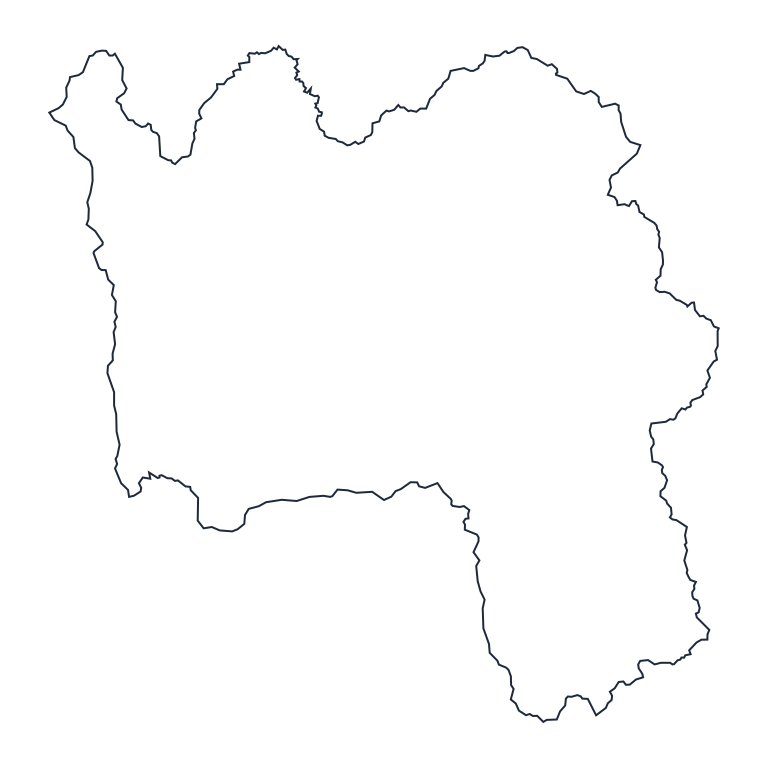 outline of Urrao, Antioquia, Colombia
{"feature_id": "7082276B47907246338324", "entity_name": "Urrao", "entity_type": "district", "adm_level": 2, "iso_a3": "COL", "parent_name": "Colombia", "parent_adm1": "Antioquia", "projection": "mercator", "projection_center": [-76.192, 6.296], "detail": "fine", "context": "isolated", "style": "outline", "palette": "slate", "viewbox_px": 768, "rotation_deg": 0, "n_neighbors": 0, "source": "geoboundaries", "source_scale": "gbopen_adm2", "svg_char_len": 5987}
<svg xmlns="http://www.w3.org/2000/svg" viewBox="0 0 768 768"><path d="M522.6,47.2L517.4,47.9L513.8,51.1L509.0,53.0L507.5,53.0L506.5,51.3L504.5,51.6L499.5,55.7L492.9,56.5L485.3,54.9L484.6,60.8L482.9,63.3L479.0,65.9L478.4,68.3L473.3,70.9L470.4,70.9L464.1,68.1L450.6,70.9L448.3,78.7L443.4,82.7L441.7,86.4L436.5,90.9L434.5,95.0L430.0,98.8L426.2,108.6L420.3,108.6L416.4,111.8L410.7,110.5L408.4,111.2L404.0,107.4L400.5,107.5L398.3,105.0L394.2,109.8L389.0,111.4L386.4,110.6L381.2,115.4L379.3,121.4L372.5,123.3L372.3,132.1L370.9,135.0L365.2,137.6L364.0,141.5L358.3,144.0L355.3,141.8L350.1,144.9L347.2,145.3L342.6,142.4L337.8,141.2L335.8,139.0L328.6,137.8L324.7,135.7L324.1,131.7L319.7,128.9L316.6,120.9L318.0,115.7L321.1,115.8L321.9,113.3L321.8,112.3L319.1,111.7L317.8,108.6L315.4,107.5L316.3,105.5L315.3,103.6L317.6,103.2L318.9,97.3L317.7,95.7L314.7,96.2L309.9,94.0L310.8,88.5L307.2,92.7L304.0,91.5L306.0,88.1L303.6,86.1L303.3,83.1L302.0,81.5L299.6,81.5L299.4,79.1L296.1,79.8L295.0,78.0L297.2,75.2L296.4,72.6L298.7,71.5L294.7,67.6L297.6,64.3L296.5,60.3L297.7,59.0L293.6,59.2L291.5,56.6L288.7,56.0L286.7,53.9L285.3,49.6L282.7,49.9L278.7,46.1L276.9,49.4L273.7,47.7L271.0,50.8L265.1,53.3L261.0,52.9L259.0,54.1L256.9,52.3L254.9,53.7L249.4,53.1L247.8,55.6L249.3,56.9L249.3,62.1L239.1,63.7L240.5,69.7L237.2,69.7L233.1,71.6L234.2,76.0L227.5,79.2L223.8,84.2L217.0,84.2L217.4,88.8L211.0,97.5L204.2,103.1L199.3,110.0L199.2,113.7L201.4,118.4L196.2,121.4L195.1,127.9L195.9,130.3L193.9,133.0L194.5,138.8L192.4,143.4L190.4,154.7L187.9,156.5L182.0,157.3L175.1,164.1L172.3,162.7L171.1,160.4L168.2,160.2L160.3,156.1L159.1,136.3L156.8,133.1L153.1,131.9L151.3,130.0L150.7,124.8L148.1,123.5L145.8,126.2L141.7,127.0L135.3,123.5L133.1,120.4L128.5,120.1L121.6,109.5L120.8,104.6L116.4,101.5L117.2,98.2L124.1,93.3L126.6,88.5L122.2,80.1L122.9,67.8L114.9,53.7L112.7,55.5L109.3,55.5L106.2,50.9L102.1,50.6L96.1,51.8L92.8,55.5L89.4,56.1L82.9,72.2L78.6,75.1L70.0,77.1L69.5,80.7L66.2,87.7L66.7,96.9L62.9,104.5L58.5,108.2L49.3,112.6L54.4,120.1L65.7,125.6L67.6,130.6L73.4,137.0L74.9,148.1L78.6,152.4L90.0,161.0L92.3,167.8L92.6,180.9L90.4,192.9L87.3,202.2L88.8,208.8L88.4,219.6L86.6,224.5L95.2,231.1L102.7,242.2L102.6,244.5L94.3,251.2L93.5,253.0L99.1,268.2L101.6,270.0L105.7,270.1L108.2,279.6L113.8,285.1L111.9,295.0L115.8,301.2L115.1,312.2L117.0,316.9L114.4,321.8L115.7,326.9L113.6,332.2L115.1,344.1L112.6,353.6L112.8,360.4L108.0,365.7L107.4,373.1L114.1,392.2L114.1,405.6L116.2,414.2L116.6,431.8L119.6,444.7L117.3,456.0L115.6,459.0L117.1,464.0L115.0,468.4L121.1,483.2L128.0,489.9L129.1,496.9L134.0,495.7L140.6,491.5L141.2,487.8L138.9,483.2L142.8,477.5L150.3,478.7L149.1,472.5L157.7,478.0L159.5,477.5L159.5,475.7L161.7,475.2L167.4,478.2L171.6,478.4L174.9,480.9L177.9,480.4L185.5,486.4L190.2,486.9L190.7,490.2L198.1,497.9L197.7,520.6L203.6,528.3L211.8,527.0L219.7,530.4L232.2,531.4L237.7,529.2L244.3,523.9L245.0,515.0L248.7,508.9L258.8,506.2L266.1,502.2L281.7,499.8L296.7,501.0L309.5,496.9L323.5,495.8L330.3,496.9L332.4,496.1L337.5,489.6L347.7,490.3L356.3,492.8L372.2,491.8L384.0,500.0L391.3,496.7L395.6,491.1L400.8,489.1L410.6,482.2L417.2,482.4L419.1,486.3L425.1,487.9L437.5,483.1L443.4,492.0L450.7,498.8L451.7,500.7L451.2,504.2L452.6,505.9L459.6,507.0L464.0,506.1L469.3,510.1L468.1,514.0L468.5,518.4L465.5,518.8L463.5,521.9L465.0,524.6L464.8,529.7L476.9,534.6L478.6,537.5L478.5,541.4L473.5,552.2L479.4,560.4L476.2,566.0L477.7,581.2L480.5,591.3L484.6,599.7L482.7,608.3L483.4,628.4L489.0,644.0L489.7,652.8L497.4,660.7L498.9,664.6L506.1,667.6L508.5,669.8L510.9,676.4L511.1,685.1L513.6,688.9L510.8,699.5L515.8,703.5L518.9,710.6L526.0,715.2L529.8,714.0L532.9,716.0L537.2,715.8L543.3,721.9L546.7,719.9L556.8,719.5L560.1,711.3L565.2,705.5L565.9,698.6L567.9,696.5L571.5,696.8L577.4,695.1L580.6,696.3L582.4,698.6L587.8,698.9L596.1,715.3L605.9,707.9L607.8,703.3L611.6,700.0L612.1,695.8L609.9,691.7L614.7,688.3L618.7,682.0L623.4,681.5L625.9,684.8L629.8,684.6L636.0,679.5L643.1,677.3L642.3,673.8L638.7,668.3L638.2,664.4L640.2,660.9L648.1,660.1L654.6,664.4L660.9,662.8L670.1,662.8L672.5,664.4L674.1,664.1L677.6,660.3L680.3,659.6L681.5,657.5L684.1,657.7L685.3,655.3L690.6,654.2L689.2,650.3L696.5,642.5L701.4,639.7L707.4,639.6L707.5,634.3L709.3,629.9L696.8,617.4L695.9,613.6L698.6,612.4L699.7,608.0L697.4,600.4L693.6,598.7L692.4,595.9L692.2,592.2L694.4,588.9L694.0,585.7L695.9,581.9L690.4,580.0L688.6,577.0L686.7,572.9L687.4,570.0L684.3,560.5L687.1,550.2L684.8,544.7L686.5,542.8L685.0,535.5L686.9,527.0L676.4,520.1L672.4,519.4L669.9,517.4L671.6,514.4L671.0,507.8L667.1,503.5L666.2,500.6L660.4,496.2L660.6,491.2L664.5,487.8L667.1,480.2L665.2,475.8L662.3,473.2L661.8,470.0L663.0,467.1L662.0,465.4L657.9,462.5L652.5,461.5L651.0,448.5L653.8,444.1L653.3,439.4L651.1,436.6L649.7,430.4L651.4,423.5L665.8,421.8L670.0,419.1L673.4,419.7L675.3,418.5L677.3,413.6L681.7,408.3L685.4,409.5L687.0,407.6L690.0,406.8L690.9,405.7L690.4,402.6L692.4,400.0L700.2,397.1L703.2,394.4L702.5,390.5L706.7,386.9L706.3,384.4L709.9,377.8L707.4,370.5L713.7,361.5L717.0,359.7L715.3,351.0L717.7,346.1L717.6,331.1L718.7,328.3L713.9,326.4L710.8,320.2L706.3,318.6L703.5,315.8L699.9,316.3L695.0,310.0L694.0,302.5L691.6,302.7L687.4,306.5L686.8,304.9L679.8,300.7L676.3,299.9L669.7,293.4L664.7,291.8L659.6,292.1L656.0,289.9L655.4,287.7L657.0,282.2L655.8,279.8L660.5,275.7L660.7,269.3L662.9,264.5L663.0,260.5L662.1,252.2L658.9,247.4L659.7,238.0L658.4,234.7L659.1,231.8L657.2,229.1L656.6,225.6L654.3,222.9L644.3,216.9L643.9,214.5L639.5,212.0L638.1,205.5L636.3,204.1L635.4,201.0L632.0,201.2L628.9,206.1L624.6,204.2L617.6,205.2L616.9,200.7L614.4,197.0L607.8,194.8L611.0,187.5L609.5,179.9L611.8,175.4L617.8,172.5L620.0,168.6L636.9,153.6L640.4,145.1L630.2,141.9L626.0,136.8L621.2,122.0L620.5,113.6L618.6,110.0L618.7,105.5L615.1,103.7L601.8,106.9L598.7,102.0L598.7,97.0L595.1,93.6L590.8,90.9L584.0,94.0L576.2,91.4L567.3,78.7L556.1,74.9L555.9,73.6L557.4,72.5L557.0,68.9L551.8,64.2L547.7,65.7L536.8,59.0L531.3,57.9L527.8,50.1L522.6,47.2Z" fill="none" stroke="#1e293b" stroke-width="2"/></svg>